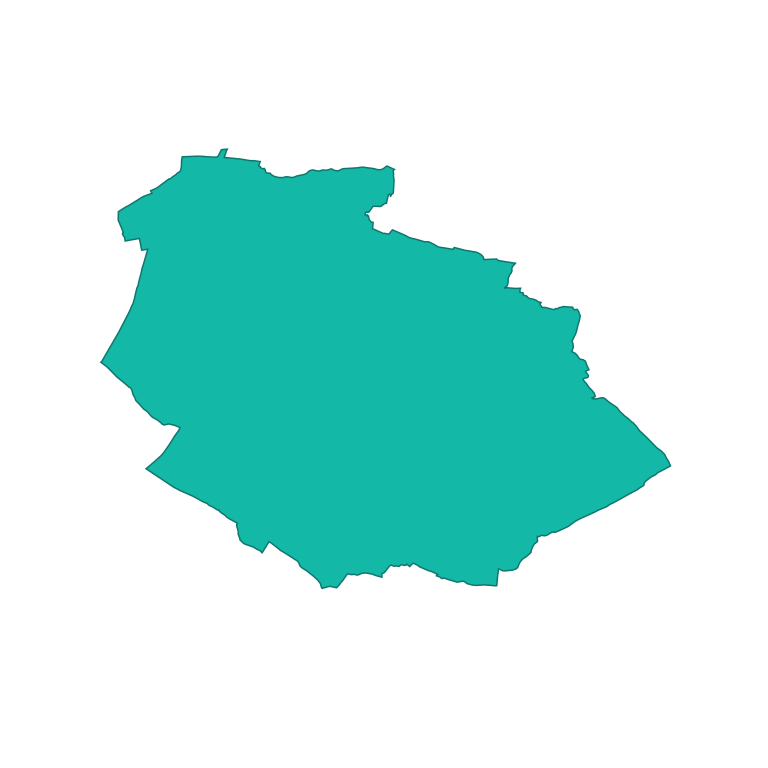 Gornet-Cricov, Prahova, Romania (Equal Earth projection), rotated 13°
{"feature_id": "2599482B42939343868004", "entity_name": "Gornet-Cricov", "entity_type": "district", "adm_level": 2, "iso_a3": "ROU", "parent_name": "Romania", "parent_adm1": "Prahova", "projection": "equal_earth", "projection_center": [26.28, 45.085], "detail": "fine", "context": "isolated", "style": "filled", "palette": "teal", "viewbox_px": 768, "rotation_deg": 13, "n_neighbors": 0, "source": "geoboundaries", "source_scale": "gbopen_adm2", "svg_char_len": 6148}
<svg xmlns="http://www.w3.org/2000/svg" viewBox="0 0 768 768"><g transform="rotate(13 384 384)"><path d="M571.8,496.0L574.4,495.8L575.4,495.5L577.3,494.2L580.9,490.6L584.4,489.8L587.3,487.8L595.8,481.1L601.1,474.9L605.0,471.4L617.5,461.9L621.5,458.5L628.6,453.4L631.5,450.2L634.3,448.1L650.8,433.2L654.8,429.8L656.3,428.0L659.9,424.4L659.8,422.7L660.3,420.7L661.3,419.2L664.4,415.4L665.9,413.9L668.3,412.0L669.6,410.5L670.3,409.2L681.6,399.4L678.5,395.2L675.8,392.6L673.4,389.6L672.4,388.9L669.0,386.8L664.2,384.8L652.5,377.3L643.2,371.8L639.6,368.6L635.2,365.6L634.0,365.3L629.4,362.6L625.7,361.0L619.9,357.6L616.3,354.6L606.6,350.7L603.3,348.9L601.6,348.2L599.5,348.3L593.6,351.0L590.3,351.4L589.9,350.8L592.2,349.2L592.7,348.5L590.7,345.5L587.9,343.3L584.6,341.3L581.3,338.2L578.6,336.3L576.9,334.7L577.0,334.2L577.7,333.4L580.4,332.2L581.2,331.5L581.4,330.7L581.2,329.9L580.7,329.2L577.6,326.6L577.6,326.1L577.9,325.8L580.5,324.0L577.5,320.3L575.6,317.2L574.7,316.2L573.7,316.1L573.1,315.6L569.2,315.6L568.1,314.8L565.6,312.5L563.7,311.2L559.7,310.2L560.2,305.6L559.1,302.3L557.9,300.4L557.7,299.4L559.4,292.0L559.7,289.3L559.7,282.7L560.1,278.7L559.9,273.3L558.6,271.8L557.5,269.8L556.1,268.3L555.4,267.9L554.8,268.0L553.1,268.8L551.5,268.1L550.7,266.9L549.6,266.7L548.3,267.2L541.6,268.1L539.6,269.2L537.2,270.3L536.3,271.7L534.6,271.7L532.6,273.4L523.9,273.1L520.7,273.9L520.4,273.8L520.1,273.0L517.9,271.2L517.9,270.6L518.8,269.4L518.6,269.1L515.8,269.3L514.0,268.3L511.1,267.8L506.3,267.9L504.4,267.2L503.9,266.6L503.2,266.2L499.6,266.0L499.3,264.2L498.9,263.9L498.2,263.8L497.1,264.1L495.9,264.1L495.8,263.3L495.3,262.0L495.6,260.0L490.2,261.4L482.6,262.5L479.4,263.5L481.5,261.4L482.0,260.2L482.1,257.4L481.3,253.2L481.8,249.8L482.1,248.9L483.0,247.0L483.2,245.3L483.2,244.7L482.7,243.6L482.6,242.4L483.2,239.5L484.0,238.6L484.2,237.9L484.6,237.6L484.9,236.8L469.2,237.9L466.9,237.8L465.6,236.9L453.2,240.3L452.4,238.3L451.6,237.5L449.6,236.2L446.4,235.1L444.0,234.8L432.7,235.5L421.8,235.2L421.0,236.5L420.9,237.4L416.8,237.5L406.1,238.3L401.2,236.7L396.5,235.6L395.0,235.5L391.1,236.3L383.4,235.8L375.8,235.7L370.8,234.3L357.5,231.9L355.0,236.9L350.4,237.1L349.8,237.5L337.9,235.2L337.1,229.0L335.1,229.1L332.7,227.2L331.5,225.0L331.2,223.9L330.8,223.8L330.0,224.0L329.9,223.0L327.6,223.5L327.4,221.7L327.8,220.7L330.3,220.1L330.7,219.7L332.4,215.8L333.1,213.5L335.3,212.8L340.5,211.9L341.2,211.4L343.9,208.2L344.5,207.8L345.7,207.4L345.7,198.4L346.8,197.6L347.1,197.6L347.6,198.3L347.8,199.5L348.2,199.6L348.8,197.8L348.8,197.1L349.8,196.5L350.0,196.0L349.7,193.2L348.0,183.5L346.3,178.7L346.1,177.0L345.1,174.7L345.1,174.0L345.4,173.2L345.9,172.6L338.2,171.0L337.3,171.3L336.9,171.7L336.2,172.9L334.9,174.3L332.9,175.8L332.1,176.1L329.0,176.6L325.8,176.4L314.2,177.5L308.7,179.6L295.4,183.5L292.3,186.0L290.7,186.8L287.7,187.0L284.6,186.2L283.5,186.6L280.3,188.5L276.4,189.2L275.1,189.7L273.6,190.8L272.6,191.1L271.2,191.4L266.6,191.4L264.1,192.5L262.7,193.9L261.2,196.2L259.3,197.7L252.5,200.8L249.2,203.1L246.9,203.6L243.6,203.8L241.3,204.3L239.8,205.3L238.7,205.7L235.8,206.3L233.5,206.5L229.8,206.3L227.3,205.4L225.6,204.2L222.7,204.7L221.8,204.6L221.0,204.0L220.0,202.0L218.9,200.9L217.5,201.6L214.9,200.9L214.5,200.0L212.8,199.8L213.1,196.8L213.4,195.1L206.9,195.7L203.2,196.5L193.4,197.1L177.4,199.2L178.0,192.5L178.5,190.4L173.4,192.0L172.8,192.4L171.4,198.2L170.6,200.2L167.8,201.1L160.0,202.5L157.7,202.7L151.3,203.9L136.3,208.0L136.5,211.7L137.6,217.2L137.8,220.7L137.7,222.4L134.9,225.4L134.7,226.1L131.2,230.0L129.2,232.7L128.4,232.5L118.7,243.9L117.3,245.1L113.1,248.2L115.1,250.3L107.4,255.4L106.3,256.4L94.8,267.8L92.6,269.6L86.4,275.8L88.1,284.0L95.9,294.9L95.4,295.5L95.4,296.6L97.0,298.6L98.2,299.3L99.6,302.9L112.9,297.2L117.8,308.1L123.5,305.8L122.7,321.0L122.3,325.4L122.4,330.8L122.1,337.9L122.2,343.7L121.6,346.1L121.6,358.1L121.4,361.8L120.5,365.6L119.7,370.3L114.0,392.7L103.9,425.6L103.2,426.5L110.2,429.6L122.3,437.3L134.6,443.4L136.0,444.4L137.4,444.6L138.1,444.9L140.2,447.4L141.3,449.8L142.9,452.0L144.5,453.6L145.6,455.5L146.7,456.5L150.3,458.8L155.5,462.5L158.7,463.8L160.3,464.7L164.7,467.9L166.2,468.6L171.4,470.1L174.9,471.7L177.0,473.0L178.3,473.4L179.1,473.3L183.5,471.3L189.5,471.4L195.0,472.3L194.6,474.8L194.3,475.7L191.7,481.8L188.5,491.2L184.8,500.4L182.7,504.3L178.5,510.3L171.2,520.1L202.7,532.0L206.7,532.9L208.1,533.5L223.5,536.4L233.8,539.4L239.0,540.3L239.7,541.0L241.3,541.7L244.6,542.3L250.0,544.2L251.5,543.9L252.2,544.6L251.9,544.7L252.4,545.1L254.2,546.0L258.7,547.7L260.6,549.0L262.7,549.9L272.2,552.5L272.5,552.7L272.2,553.2L272.1,553.7L272.3,555.2L275.3,560.7L275.4,562.2L276.0,563.6L277.8,566.3L279.1,568.7L279.6,568.8L282.8,570.8L284.5,571.3L293.6,572.3L296.9,573.5L300.8,574.3L303.2,575.9L307.5,563.4L308.0,563.5L315.6,566.9L320.5,569.4L325.9,571.1L339.5,576.0L340.7,576.8L343.0,580.1L343.8,580.7L346.4,582.0L350.0,583.1L358.9,587.3L364.0,590.3L366.9,592.8L369.1,596.7L370.1,597.0L370.3,596.2L370.7,596.3L372.4,595.7L374.8,594.2L376.9,593.3L383.7,593.2L385.5,590.0L386.7,587.1L387.8,585.3L390.4,578.9L391.3,577.1L395.0,577.1L395.9,576.9L396.8,576.4L397.8,576.2L401.0,576.2L402.4,575.4L405.2,573.3L408.8,572.2L415.1,571.9L419.5,572.5L425.4,572.7L424.6,569.3L426.3,568.1L426.9,567.4L430.6,559.6L431.4,558.9L435.2,559.3L436.6,558.5L439.7,558.4L441.3,556.3L442.0,556.0L444.2,556.3L445.7,555.8L446.6,555.3L446.9,554.4L450.1,556.1L451.6,553.6L452.8,552.0L457.0,552.9L460.1,554.2L467.3,555.5L469.9,555.9L471.6,555.9L478.6,557.2L479.1,557.4L478.4,558.4L478.2,559.0L479.8,559.3L481.3,559.2L483.4,560.3L484.2,560.5L485.2,560.2L486.1,559.5L489.6,560.0L499.7,560.6L500.8,560.3L504.9,558.5L506.0,558.4L507.0,558.5L509.8,559.8L514.3,560.0L517.1,559.8L519.2,559.5L527.2,557.1L537.7,555.6L539.2,555.2L539.1,554.0L537.7,544.2L537.6,541.9L537.1,538.3L541.2,539.2L543.2,539.1L550.8,536.6L554.0,534.7L554.6,533.8L555.1,533.5L555.7,532.0L555.9,530.0L556.5,527.2L558.1,524.0L559.0,522.7L561.3,520.5L565.1,515.1L564.9,512.7L565.6,508.6L566.5,506.1L568.9,503.1L568.8,501.9L568.0,499.9L567.7,498.0L569.2,498.0L571.2,496.3L571.8,496.0Z" fill="#14b8a6" stroke="#0f766e" stroke-width="1.5"/></g></svg>